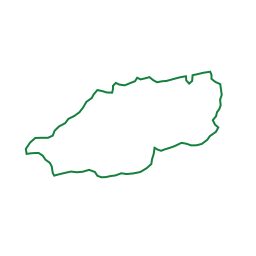 outline of Consolação, Minas Gerais, Brazil, rotated 243°
{"feature_id": "56859067B37283481233157", "entity_name": "Consolação", "entity_type": "district", "adm_level": 2, "iso_a3": "BRA", "parent_name": "Brazil", "parent_adm1": "Minas Gerais", "projection": "equal_earth", "projection_center": [-45.914, -22.533], "detail": "fine", "context": "isolated", "style": "outline", "palette": "green", "viewbox_px": 256, "rotation_deg": 243, "n_neighbors": 0, "source": "geoboundaries", "source_scale": "gbopen_adm2", "svg_char_len": 1359}
<svg xmlns="http://www.w3.org/2000/svg" viewBox="0 0 256 256"><g transform="rotate(243 128 128)"><path d="M119.1,40.6L118.1,45.4L116.5,52.0L115.0,57.6L111.8,62.3L109.6,67.8L108.4,74.3L103.9,78.5L99.2,79.1L96.1,82.1L94.3,86.0L93.2,90.3L91.4,95.4L90.7,101.5L87.6,105.8L85.1,112.2L83.2,119.0L83.7,126.3L85.3,132.4L89.2,135.2L93.2,139.1L98.3,142.7L95.3,144.6L92.7,147.1L92.2,151.4L91.3,156.6L90.7,161.2L90.5,168.9L87.4,173.0L83.9,176.3L81.5,181.2L80.3,186.5L81.5,193.3L83.6,197.2L84.7,204.7L87.5,208.7L91.5,207.1L96.5,207.1L98.5,211.8L101.6,214.4L103.6,218.2L106.2,220.9L111.4,222.9L115.0,226.6L120.6,228.5L125.2,230.1L129.3,226.8L133.9,224.7L137.4,226.5L140.8,226.8L142.9,220.6L144.5,214.1L145.7,209.5L140.8,206.5L139.8,202.6L143.9,201.5L147.8,203.1L149.3,198.4L150.5,193.1L151.4,188.8L152.5,183.5L154.2,179.5L155.6,174.6L159.3,172.1L163.6,170.2L164.6,165.3L165.6,161.3L168.6,159.0L166.5,155.5L167.0,150.5L167.5,144.5L170.6,140.0L173.7,137.6L172.4,133.8L169.4,132.2L166.7,129.9L169.3,125.2L172.6,121.8L175.7,117.9L173.5,112.6L171.2,109.4L170.2,102.8L166.7,97.4L164.1,91.9L163.1,85.7L163.2,79.0L160.8,74.2L160.7,67.3L158.9,61.4L155.4,57.5L155.6,52.2L158.3,47.0L161.2,40.9L159.5,34.2L155.8,27.5L151.0,25.9L149.1,31.1L146.4,37.0L142.0,39.5L137.4,40.0L132.5,42.5L128.4,42.6L125.3,41.6L122.3,40.6L119.1,40.6Z" fill="none" stroke="#15803d" stroke-width="2"/></g></svg>